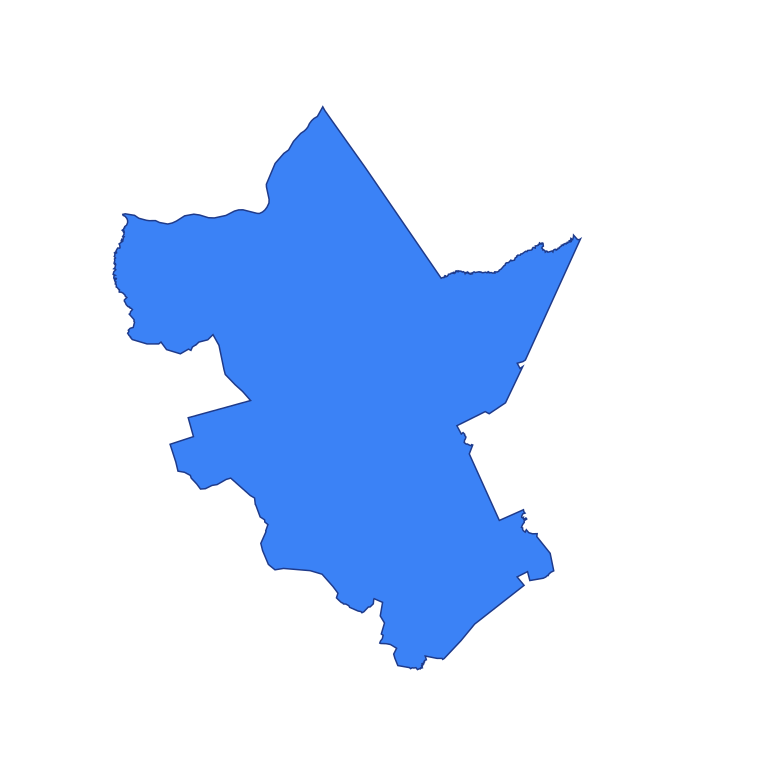 the district of Sējas pag., Sejas, Latvia, rotated 163°
{"feature_id": "27541924B77555962795430", "entity_name": "Sējas pag.", "entity_type": "district", "adm_level": 2, "iso_a3": "LVA", "parent_name": "Latvia", "parent_adm1": "Sejas", "projection": "mercator", "projection_center": [24.49, 57.215], "detail": "fine", "context": "isolated", "style": "filled", "palette": "blue", "viewbox_px": 768, "rotation_deg": 163, "n_neighbors": 0, "source": "geoboundaries", "source_scale": "gbopen_adm2", "svg_char_len": 6171}
<svg xmlns="http://www.w3.org/2000/svg" viewBox="0 0 768 768"><g transform="rotate(163 384 384)"><path d="M586.0,610.3L586.3,609.2L587.2,609.1L587.6,608.2L589.4,607.6L588.9,606.9L588.6,607.2L588.0,606.7L588.0,606.0L588.8,606.0L588.7,605.4L587.5,605.1L588.4,604.9L588.8,603.2L590.9,601.3L590.6,600.8L589.7,600.7L590.7,599.8L591.5,597.9L592.1,597.7L592.0,598.6L592.4,599.1L593.5,597.7L592.5,596.8L596.4,595.4L596.1,594.3L596.5,591.8L597.0,591.2L598.9,591.9L601.1,589.9L601.4,589.1L602.7,588.5L601.3,588.1L601.4,587.6L603.3,587.3L603.8,585.7L604.7,584.9L603.9,583.0L605.2,582.4L605.3,580.9L606.9,578.3L606.7,577.6L606.1,578.2L605.7,577.8L605.7,576.6L607.3,573.9L608.7,573.2L607.2,572.3L607.1,571.7L609.6,570.3L611.0,568.0L609.3,566.6L610.5,566.5L611.5,564.3L610.7,563.4L609.7,563.6L609.1,563.2L609.8,562.4L611.3,562.5L611.2,560.6L610.5,559.9L611.2,559.5L611.7,558.2L611.1,558.0L611.1,556.8L611.7,555.0L610.9,554.3L610.1,552.2L609.4,551.6L609.5,551.0L609.9,550.8L610.3,549.3L608.4,548.6L607.0,547.2L605.6,544.5L605.8,543.7L604.6,541.9L607.7,540.3L608.1,539.2L607.6,537.5L607.4,535.4L606.3,533.0L605.2,532.4L605.2,531.8L604.6,531.5L604.6,530.8L603.6,530.2L602.8,528.7L605.2,527.3L606.2,525.6L607.2,525.3L604.2,518.6L604.8,517.0L604.5,516.0L607.3,511.4L610.4,511.5L612.8,510.2L612.5,509.2L612.9,508.5L614.3,507.5L613.7,505.2L612.6,503.0L612.9,502.8L611.7,500.1L598.9,491.6L587.7,488.2L585.0,489.3L581.9,480.5L569.9,472.4L560.8,474.5L558.8,472.6L556.4,475.4L552.8,476.4L553.1,476.0L548.8,478.2L539.6,477.8L533.1,481.2L530.5,469.2L532.8,444.6L533.0,439.5L526.6,426.9L521.4,418.2L516.4,407.2L581.1,409.0L581.6,389.4L606.2,388.9L605.9,370.1L606.5,360.9L600.6,357.9L595.9,353.2L595.9,350.4L592.3,343.1L590.2,337.2L585.4,336.1L578.1,337.3L573.0,336.6L562.8,338.9L558.1,338.8L544.5,316.5L541.1,312.8L542.3,306.4L542.0,305.7L541.3,293.1L537.9,289.1L538.3,286.8L536.1,283.5L540.1,278.1L540.1,277.2L548.4,267.6L548.8,260.1L547.3,245.2L542.6,238.2L534.0,237.0L509.2,227.1L498.8,220.2L492.0,205.2L489.2,197.4L492.0,193.4L490.5,190.6L488.7,187.5L487.5,186.6L487.1,185.5L484.8,184.7L482.5,182.3L482.1,180.4L475.2,174.5L472.6,173.1L472.0,171.7L469.8,172.1L464.2,175.3L462.4,174.9L458.5,176.9L456.8,181.0L456.2,181.6L449.2,175.6L455.4,163.3L453.4,155.3L459.7,145.7L458.3,144.0L460.1,140.9L462.5,139.2L463.8,137.5L463.2,136.9L457.8,135.0L454.0,133.0L449.2,127.6L453.7,122.9L453.8,118.7L453.1,110.7L442.5,105.3L441.8,104.0L439.9,104.4L438.6,103.7L436.4,103.4L435.5,101.1L433.1,101.4L432.7,101.0L432.1,101.8L431.6,101.8L431.7,101.4L430.3,101.4L430.5,102.1L429.8,103.0L430.4,102.9L430.4,103.7L428.6,104.4L429.5,105.1L429.4,105.5L427.5,105.4L427.5,105.8L426.5,106.4L426.8,106.9L426.0,107.7L424.1,107.9L424.1,111.8L413.5,106.1L408.7,104.6L408.4,103.5L406.7,103.9L385.5,116.0L367.5,127.9L308.9,150.5L313.1,160.6L301.6,162.6L302.0,153.4L288.5,151.7L285.8,152.1L283.3,153.2L283.0,152.9L281.8,154.1L279.3,155.2L276.3,155.7L274.6,173.5L282.5,193.4L281.3,196.1L285.7,197.3L288.6,199.2L289.1,199.7L290.5,203.0L292.3,201.1L293.6,202.9L294.0,204.3L293.5,205.8L294.5,206.7L292.6,209.0L290.3,210.7L290.2,211.6L289.6,212.4L287.0,213.1L287.1,213.8L287.5,214.4L290.0,213.8L290.2,215.0L289.7,215.8L290.9,215.8L291.3,216.2L291.0,217.4L289.1,219.3L286.9,219.3L287.6,221.0L287.4,223.0L313.6,219.8L322.9,292.2L317.0,299.7L317.9,300.4L318.8,299.7L319.7,300.1L321.9,302.3L322.9,302.4L324.4,304.6L323.2,307.0L322.4,307.5L321.3,309.0L321.2,310.0L321.9,311.1L321.5,312.3L322.6,314.4L324.7,313.6L326.5,322.8L295.3,328.0L292.1,324.8L273.3,330.5L246.2,360.1L249.4,359.1L250.5,364.9L244.6,364.8L241.8,365.6L153.7,465.3L155.2,464.9L156.8,465.7L159.2,470.9L159.8,469.3L161.5,466.8L162.3,467.2L162.4,468.3L162.7,468.6L163.4,466.9L163.1,465.9L163.2,465.5L164.6,465.4L164.8,465.9L164.2,466.8L165.0,466.9L165.3,466.1L166.0,465.7L167.2,465.9L167.3,465.1L168.2,465.4L169.0,464.7L169.5,465.4L171.6,465.1L171.5,464.6L172.2,464.2L172.7,464.7L173.7,464.3L173.9,464.6L174.3,463.9L176.3,463.4L176.6,462.7L177.9,462.9L178.3,462.2L179.6,461.8L180.2,461.7L180.1,462.4L181.0,462.8L182.1,462.7L183.1,462.2L183.9,460.9L184.5,462.1L188.7,462.1L189.0,462.4L189.1,463.1L189.7,463.6L191.2,463.0L191.1,464.3L192.1,465.7L192.8,465.6L192.8,466.7L193.4,467.9L192.4,468.9L191.3,469.2L190.8,472.1L191.6,472.7L192.2,471.9L192.7,471.9L194.0,473.5L194.4,473.0L194.1,472.3L194.3,472.1L195.7,472.2L195.9,471.6L197.3,471.5L199.0,471.8L199.6,469.8L201.4,471.0L202.5,470.3L202.9,469.3L204.2,469.0L207.7,469.7L208.6,468.8L209.8,469.5L213.9,468.1L215.0,468.4L216.0,467.4L218.4,468.1L218.7,467.6L219.7,467.6L220.0,466.6L221.7,466.2L223.0,464.3L225.9,464.5L226.4,465.4L229.4,463.7L231.7,464.1L232.8,463.4L233.5,462.2L234.7,462.0L238.3,459.7L240.6,459.1L241.2,458.3L242.9,458.0L245.4,458.9L245.8,458.5L245.6,457.8L247.7,458.3L248.8,459.2L251.0,459.6L251.2,459.9L251.0,460.5L251.5,461.0L253.0,460.2L254.1,461.2L257.0,461.5L258.2,462.2L258.6,462.9L259.5,462.8L260.1,463.5L264.1,463.9L265.1,464.9L266.7,464.5L267.1,463.7L267.9,464.4L268.2,463.7L269.4,463.8L269.5,464.7L270.3,464.6L270.9,465.2L270.6,465.8L270.8,466.1L271.4,466.0L271.6,466.7L272.6,466.1L272.8,466.6L273.3,466.7L274.2,465.8L274.3,466.9L275.2,468.2L276.4,468.2L276.9,469.0L278.5,469.9L279.9,469.7L279.8,470.4L280.1,470.7L281.3,470.1L281.7,471.0L282.5,471.0L282.9,470.1L283.5,469.5L283.9,469.9L284.4,469.5L284.5,470.2L284.9,470.5L285.4,470.4L285.6,469.7L287.3,470.4L288.1,469.8L290.3,470.1L290.8,469.3L292.1,468.5L293.5,468.4L293.7,468.8L293.5,469.5L294.0,469.8L294.9,469.2L294.9,468.5L295.4,468.2L297.1,468.7L298.4,468.4L338.9,597.3L356.7,650.8L360.6,662.7L361.5,667.0L369.5,659.3L373.3,658.4L376.2,657.0L379.1,654.9L381.6,652.1L383.7,650.6L386.2,649.3L390.4,648.0L399.6,642.5L406.8,635.7L412.4,633.8L423.6,626.8L438.1,609.4L438.8,606.8L439.9,594.1L441.1,590.7L444.2,587.3L447.1,585.2L449.9,584.0L453.3,583.5L455.5,584.3L467.9,591.8L472.1,593.0L476.5,593.1L485.9,591.4L497.7,592.4L503.2,594.3L510.9,599.5L516.2,602.0L525.5,603.1L534.9,600.5L539.3,599.9L544.0,600.2L551.5,604.1L554.8,607.1L560.7,608.8L563.3,610.0L570.0,614.2L573.2,618.2L581.7,622.4L584.2,622.6L584.2,621.5L582.6,620.1L581.5,617.5L581.4,615.3L582.0,613.3L583.7,611.2L586.0,610.3Z" fill="#3b82f6" stroke="#1e3a8a" stroke-width="1.5"/></g></svg>